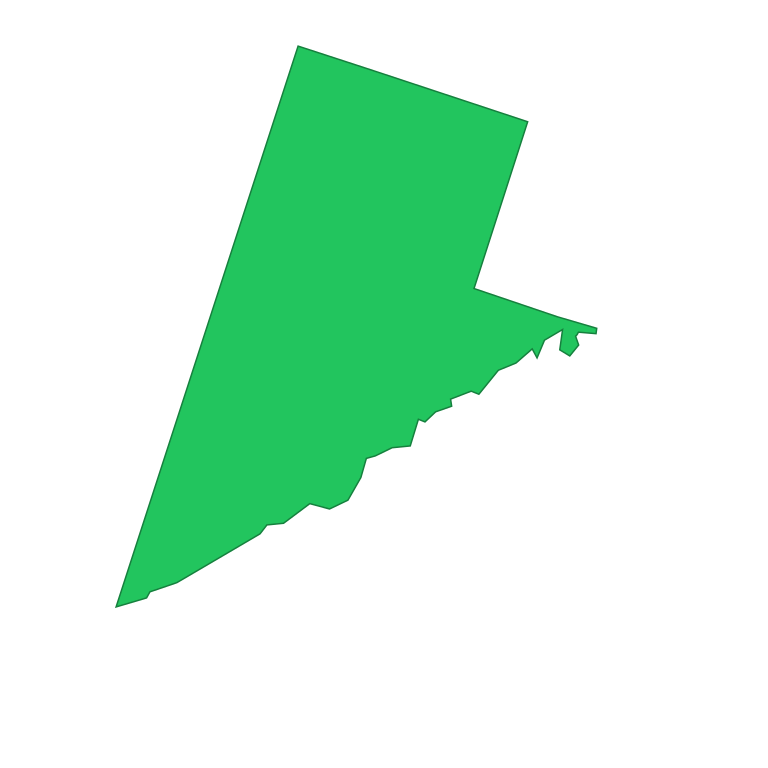 Chippewa, Minnesota, United States of America (Robinson projection), rotated 288°
{"feature_id": "52423323B98268232841030", "entity_name": "Chippewa", "entity_type": "district", "adm_level": 2, "iso_a3": "USA", "parent_name": "United States of America", "parent_adm1": "Minnesota", "projection": "robinson", "projection_center": [-95.622, 44.952], "detail": "fine", "context": "isolated", "style": "filled", "palette": "green", "viewbox_px": 768, "rotation_deg": 288, "n_neighbors": 0, "source": "geoboundaries", "source_scale": "gbopen_adm2", "svg_char_len": 710}
<svg xmlns="http://www.w3.org/2000/svg" viewBox="0 0 768 768"><g transform="rotate(288 384 384)"><path d="M678.8,197.9L89.2,198.1L107.2,224.3L114.0,225.6L131.1,248.4L203.2,312.4L213.8,316.2L220.5,331.5L247.3,350.4L248.3,370.8L262.4,385.6L287.9,390.9L307.8,390.2L312.9,397.9L325.9,411.4L333.2,428.1L361.1,427.6L360.6,434.7L373.5,441.7L383.8,455.2L390.2,452.0L404.1,469.1L403.6,477.4L432.4,488.5L444.8,503.1L463.2,514.1L456.1,521.5L475.3,523.1L491.0,537.0L470.8,540.6L468.1,552.0L481.2,557.1L488.7,551.4L489.1,551.7L490.1,552.2L491.5,552.6L493.0,552.8L493.4,553.0L497.4,570.1L502.7,569.1L501.5,528.0L502.6,440.1L677.8,439.6L678.7,278.0L678.8,197.9Z" fill="#22c55e" stroke="#15803d" stroke-width="1.5"/></g></svg>